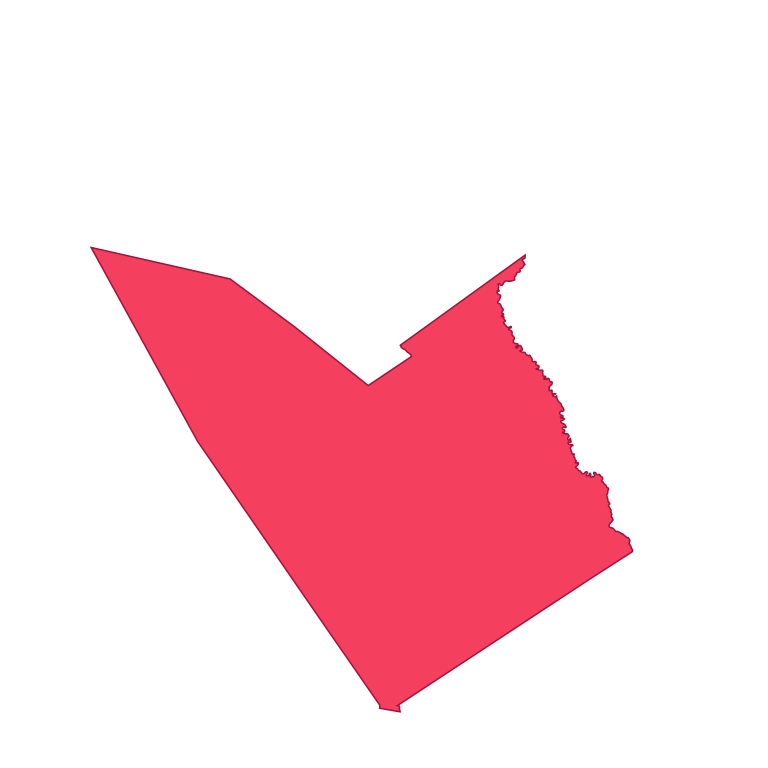 the district of Avellaneda, Río Negro, Argentina, rotated 55°
{"feature_id": "61730980B30095926529222", "entity_name": "Avellaneda", "entity_type": "district", "adm_level": 2, "iso_a3": "ARG", "parent_name": "Argentina", "parent_adm1": "Río Negro", "projection": "albers", "projection_center": [-66.022, -39.232], "detail": "fine", "context": "isolated", "style": "filled", "palette": "rose", "viewbox_px": 768, "rotation_deg": 55, "n_neighbors": 0, "source": "geoboundaries", "source_scale": "gbopen_adm2", "svg_char_len": 6158}
<svg xmlns="http://www.w3.org/2000/svg" viewBox="0 0 768 768"><g transform="rotate(55 384 384)"><path d="M361.6,348.4L362.6,348.3L362.8,348.6L363.5,348.8L364.0,348.8L365.5,348.4L368.0,347.1L369.6,346.7L370.6,346.8L373.9,345.5L375.8,345.2L376.4,345.6L377.2,345.7L376.2,397.8L285.7,424.5L209.7,449.8L104.2,545.6L324.0,569.6L497.0,570.9L544.3,571.2L644.7,571.7L647.1,573.6L661.8,558.8L658.5,557.4L657.8,556.7L656.9,556.2L656.1,556.4L655.1,557.4L661.9,325.5L663.8,276.7L663.4,276.7L662.9,275.8L662.6,275.5L660.6,275.5L658.4,274.8L657.4,274.9L656.3,274.7L655.9,275.0L655.3,275.0L654.5,273.6L653.2,272.3L652.6,272.2L650.1,272.1L649.6,272.3L649.3,272.9L648.9,273.2L643.4,274.6L643.0,275.3L641.6,275.6L640.8,276.0L639.6,276.8L638.8,277.1L638.1,278.4L637.7,278.7L633.3,279.2L631.4,280.9L630.9,281.2L630.1,281.3L629.4,281.1L628.7,280.6L628.2,279.6L627.8,278.5L627.3,276.4L626.7,274.4L624.7,273.7L623.7,274.0L622.8,274.0L621.5,272.2L619.9,271.7L618.5,271.6L618.2,270.8L617.5,270.4L613.9,270.0L612.8,270.1L612.4,269.9L612.1,269.4L611.8,268.0L611.5,267.7L610.1,267.4L609.1,267.9L606.4,266.6L605.5,266.4L602.9,265.4L602.5,264.9L602.2,264.2L601.1,262.7L599.6,261.8L599.3,260.7L598.6,260.2L597.9,260.0L596.5,260.7L594.0,260.3L592.0,261.0L591.1,261.0L590.6,260.7L590.0,260.7L589.1,261.6L588.7,261.6L588.3,261.4L587.9,260.9L587.7,259.9L587.0,259.1L585.9,258.8L585.1,258.8L583.5,259.4L581.8,259.3L581.5,259.5L581.1,260.5L580.5,261.3L579.8,261.7L578.0,261.6L577.3,262.0L576.9,262.6L577.0,263.1L577.6,263.5L579.1,263.7L580.1,264.6L580.3,265.3L580.2,265.8L579.4,266.2L579.4,267.0L579.2,267.7L578.6,268.1L578.0,268.0L577.6,267.8L577.3,266.9L576.9,266.5L575.8,266.3L575.4,266.4L575.2,267.0L576.3,268.4L576.4,269.2L575.9,270.3L575.4,270.7L574.7,270.5L574.2,269.8L573.6,268.3L573.0,268.0L572.3,268.3L571.8,268.8L571.6,269.7L572.2,271.5L571.8,272.4L570.8,273.1L569.5,273.3L568.2,273.0L566.8,274.0L566.2,274.3L564.5,274.1L563.1,274.8L562.1,274.8L561.8,274.3L561.6,271.9L561.3,271.1L560.5,270.2L559.9,270.2L559.4,270.4L559.0,271.9L558.2,272.5L557.9,272.2L557.7,271.2L557.4,270.8L556.4,270.5L555.3,270.6L553.5,270.1L552.9,270.3L552.2,270.1L550.5,268.4L550.1,268.5L549.9,269.0L549.8,269.7L549.4,270.0L548.9,270.0L547.8,269.4L543.9,268.4L543.1,267.8L542.7,266.8L542.3,265.9L542.8,264.6L542.3,264.4L541.7,264.6L540.6,266.1L539.6,267.0L539.2,267.2L538.3,267.3L537.7,266.8L537.4,266.2L538.7,264.9L538.8,264.6L538.7,263.9L538.4,263.7L537.4,263.5L536.0,262.6L535.4,262.7L535.5,263.1L536.2,264.1L535.7,265.1L535.2,265.3L533.9,264.8L533.5,264.1L533.4,263.1L533.0,262.5L532.2,262.2L530.9,262.0L530.7,262.2L530.1,262.3L529.2,263.1L529.0,263.7L528.4,264.4L527.2,265.3L526.5,265.6L526.0,265.5L526.1,264.9L526.4,264.7L526.8,264.0L526.6,263.3L526.0,262.9L525.6,262.6L525.1,262.6L524.8,262.8L524.5,263.2L523.9,263.4L523.0,263.3L522.5,263.1L522.2,262.7L522.1,262.2L522.4,261.4L523.6,260.7L523.8,260.2L523.7,259.5L522.0,259.2L521.0,259.2L520.1,259.5L518.6,260.3L517.9,260.9L517.1,261.0L516.3,260.9L515.7,260.4L516.2,259.2L516.3,258.4L516.1,256.2L515.2,256.5L513.2,258.6L512.7,258.7L512.3,258.5L512.4,258.2L513.2,257.5L513.6,256.8L513.6,256.3L512.9,255.8L512.2,255.7L511.0,256.8L510.1,257.1L509.0,257.1L508.5,256.7L507.9,255.8L507.7,254.9L507.8,254.4L508.9,253.1L509.0,252.2L508.3,251.5L507.5,251.2L506.5,251.0L503.9,251.0L501.2,250.3L499.9,250.9L497.7,251.1L495.1,250.6L492.8,249.5L492.8,251.0L492.1,251.9L491.1,252.3L489.8,252.2L490.2,251.4L490.6,249.7L490.5,249.0L490.4,249.0L490.2,249.2L489.4,250.8L489.0,251.3L488.2,251.6L487.8,251.6L487.3,251.3L486.8,250.7L485.3,250.0L484.9,250.7L485.0,251.6L484.8,251.9L484.0,252.4L483.7,252.3L482.0,250.8L481.1,250.3L480.8,249.2L480.7,247.2L480.2,246.2L479.0,245.2L478.6,245.3L477.9,245.8L477.6,246.6L476.4,246.6L474.7,245.8L474.0,245.9L473.4,246.5L473.4,247.1L473.6,247.8L473.5,248.1L472.4,248.2L472.2,248.5L472.2,249.7L471.9,250.0L471.4,250.1L471.1,249.9L471.0,249.2L471.5,247.9L471.2,247.5L470.1,247.5L469.1,248.8L468.6,249.1L468.1,249.0L467.6,248.4L466.1,247.8L465.4,247.4L464.7,246.5L464.0,246.2L463.4,246.3L463.1,246.7L462.3,248.4L460.8,249.3L459.3,250.7L458.9,250.7L458.8,250.3L459.7,249.1L459.7,248.3L458.6,246.9L458.0,246.8L457.5,246.9L456.1,248.1L455.2,248.5L454.8,248.4L454.3,248.0L454.1,247.4L453.6,246.9L452.6,247.0L452.1,247.5L451.1,249.3L450.1,249.5L448.6,248.4L447.5,248.2L446.9,248.3L444.5,248.0L443.9,248.3L443.9,248.9L443.6,249.2L441.6,250.6L439.8,250.6L439.1,250.4L438.6,250.8L437.5,252.2L435.6,253.6L434.9,253.6L434.7,253.1L434.9,252.4L435.4,251.7L435.4,251.1L434.8,250.7L432.8,250.2L431.2,250.1L430.4,250.5L430.0,251.0L430.0,251.7L430.6,252.9L430.7,254.4L430.5,254.9L430.0,255.2L429.4,255.0L429.0,254.2L429.2,252.4L429.0,252.0L428.5,251.6L427.8,251.5L427.3,251.9L426.3,253.1L425.3,253.8L424.2,254.1L423.1,253.6L422.2,252.4L421.7,251.3L420.9,250.8L420.2,250.6L417.2,250.9L414.3,249.0L412.4,249.6L411.7,250.2L410.9,250.5L410.3,250.2L410.3,249.5L410.4,248.9L410.7,248.2L410.8,247.5L410.5,247.1L409.9,246.9L409.4,247.5L409.4,248.4L409.2,249.1L408.8,249.9L408.1,250.5L404.2,250.9L402.4,250.9L402.1,250.6L401.9,249.8L402.1,248.8L401.9,248.3L398.9,248.4L398.7,248.2L398.4,247.6L397.9,247.4L397.6,247.4L397.0,248.4L396.4,248.9L395.9,249.1L395.4,248.3L396.0,246.9L395.9,246.4L395.4,246.0L394.9,246.0L394.0,246.8L393.0,246.6L392.8,246.2L392.1,244.4L391.8,244.0L390.8,243.4L388.5,243.7L385.5,242.9L384.4,243.3L384.0,243.7L382.9,244.3L382.3,244.3L381.7,243.4L381.2,241.3L379.1,238.1L378.1,237.7L376.0,238.9L374.9,239.1L374.3,239.1L372.7,238.1L372.7,237.8L373.7,237.1L373.8,236.3L373.4,236.1L372.0,236.1L371.4,235.7L370.2,234.3L367.7,233.1L367.5,232.7L367.6,232.2L368.4,231.8L369.8,231.9L370.1,231.7L370.7,230.7L370.8,230.1L370.2,228.6L369.5,227.6L369.5,225.6L369.6,224.7L369.8,224.4L371.3,223.1L372.3,221.5L373.5,218.2L373.7,217.1L371.3,215.9L371.1,215.6L371.0,214.6L370.4,213.0L370.2,212.5L369.0,211.3L369.1,210.5L369.8,209.3L370.0,208.2L369.6,207.5L368.4,207.2L367.9,206.8L367.7,206.1L368.1,205.1L368.2,204.2L367.8,202.9L366.9,201.5L367.1,200.4L366.8,199.9L365.6,200.1L364.4,199.6L363.8,199.8L361.7,199.6L361.5,199.3L361.5,199.0L361.8,197.0L361.7,196.3L361.2,195.7L359.3,194.4L361.6,348.4Z" fill="#f43f5e" stroke="#9f1239" stroke-width="1.5"/></g></svg>